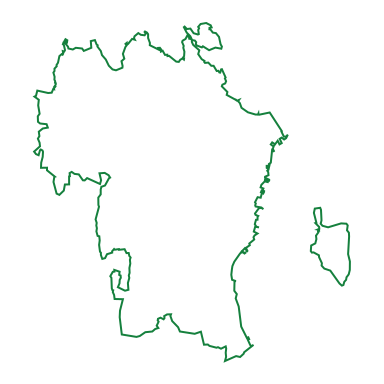 the district of Horten nor, Vestfold, Norway
{"feature_id": "86288312B28519776233063", "entity_name": "Horten nor", "entity_type": "district", "adm_level": 2, "iso_a3": "NOR", "parent_name": "Norway", "parent_adm1": "Vestfold", "projection": "albers", "projection_center": [10.422, 59.398], "detail": "fine", "context": "isolated", "style": "outline", "palette": "green", "viewbox_px": 384, "rotation_deg": 0, "n_neighbors": 0, "source": "geoboundaries", "source_scale": "gbopen_adm2", "svg_char_len": 5830}
<svg xmlns="http://www.w3.org/2000/svg" viewBox="0 0 384 384"><path d="M244.2,352.2L253.5,344.9L251.1,346.2L250.1,344.8L247.7,339.5L249.1,339.1L248.3,337.3L246.8,337.8L241.2,326.6L238.7,306.5L235.7,298.4L236.8,294.1L234.3,290.8L234.5,281.3L235.9,281.1L232.1,279.8L231.3,274.8L231.9,269.4L232.4,266.1L234.3,261.7L239.7,254.0L241.0,252.4L242.4,252.8L241.2,252.1L241.7,251.4L244.5,253.5L246.2,252.2L244.6,253.0L242.0,251.2L244.9,248.2L246.9,250.9L246.7,251.9L247.4,250.9L245.9,247.9L249.8,245.2L249.3,243.5L254.2,239.5L253.5,237.2L254.6,235.4L257.5,233.5L253.8,231.6L255.2,226.7L259.0,227.4L256.4,226.7L254.8,224.2L256.0,219.8L257.5,219.7L257.6,216.7L258.2,216.0L255.5,214.8L255.0,213.5L258.9,208.2L261.3,207.9L263.4,209.1L261.4,207.5L255.6,206.5L255.2,205.3L255.8,203.5L255.0,202.3L257.6,197.2L260.7,197.7L261.9,193.0L263.2,193.6L263.7,192.6L261.0,192.2L261.7,190.4L263.7,191.3L263.9,192.2L264.1,191.1L262.6,190.4L263.4,188.5L260.6,187.4L261.4,184.8L264.7,181.4L268.7,182.3L264.8,181.1L265.0,179.9L270.1,180.8L264.7,179.7L269.8,180.0L265.0,177.7L265.1,176.7L268.5,175.2L268.2,172.0L267.3,170.8L268.4,169.9L269.2,166.4L267.3,168.4L266.7,167.9L266.7,165.9L268.8,165.9L268.9,164.0L270.8,162.7L272.1,150.1L274.3,151.7L272.8,148.9L273.6,146.5L270.8,144.4L272.2,142.4L274.7,144.0L274.1,145.6L277.7,140.7L279.5,144.4L281.7,143.1L279.7,138.8L281.7,137.6L284.1,139.5L286.1,138.2L287.8,134.7L285.9,136.7L283.8,136.5L281.4,131.5L281.8,131.1L269.7,112.5L259.2,114.7L258.5,114.6L258.4,113.5L257.9,114.6L255.4,114.5L247.9,112.3L241.5,107.8L239.9,103.2L238.1,101.2L239.0,99.9L237.0,100.7L235.6,99.8L236.0,98.7L235.5,99.7L226.7,94.9L227.4,92.0L221.8,86.3L222.4,84.7L225.2,83.4L226.1,81.2L224.9,78.4L225.6,77.5L221.9,69.2L221.1,69.4L220.2,72.6L219.4,72.5L218.3,70.8L216.7,71.0L213.6,65.8L211.3,65.8L208.3,62.6L205.0,62.9L204.2,61.9L204.5,60.9L201.7,59.2L198.2,54.1L199.3,50.3L193.2,44.9L191.9,42.1L191.8,40.0L194.9,40.6L196.2,42.2L195.8,44.2L196.8,45.5L201.9,47.4L202.9,46.3L209.1,50.2L215.4,47.6L221.3,48.7L221.9,46.6L220.6,44.3L219.0,36.9L215.9,33.1L212.8,32.6L210.5,29.5L209.4,29.3L209.5,27.8L211.6,27.4L210.7,25.3L206.1,23.0L200.6,24.0L198.2,26.9L199.1,28.2L198.2,30.0L198.8,34.1L197.9,34.5L193.6,33.2L190.4,28.6L186.9,29.0L184.6,26.6L183.9,27.2L186.7,32.6L190.3,36.2L191.7,39.2L189.2,38.7L189.2,37.3L187.2,35.7L185.5,39.0L182.6,40.7L182.1,42.1L183.7,45.9L183.3,47.8L184.4,51.6L184.1,56.1L182.8,57.9L184.1,58.3L183.9,59.6L182.4,58.5L180.2,59.8L178.8,61.9L176.2,61.6L169.1,55.9L167.5,56.1L167.3,54.7L165.0,54.9L162.7,50.8L161.1,51.5L161.3,49.7L159.9,47.8L158.6,47.9L160.6,50.6L149.8,45.2L149.9,42.9L148.1,38.0L148.1,34.2L147.0,32.6L145.0,31.5L144.6,32.0L145.7,33.8L144.6,35.3L140.8,34.8L138.3,33.1L134.5,36.3L134.0,38.2L134.8,39.7L132.1,38.9L128.1,43.9L126.8,44.8L126.7,42.9L125.5,43.9L126.6,45.4L125.4,47.0L122.9,53.9L124.3,58.7L121.5,61.2L122.6,66.0L122.4,67.7L116.0,70.3L112.5,69.4L108.8,65.7L105.8,59.5L102.0,55.1L100.8,51.0L97.4,46.5L97.7,45.3L96.6,44.5L94.9,40.1L90.8,41.1L91.3,47.8L83.8,50.9L82.1,48.5L75.8,47.8L72.8,49.5L68.4,48.5L68.0,46.7L65.8,44.0L66.9,42.8L67.3,40.3L65.5,39.2L64.9,40.2L66.1,40.5L66.2,41.5L63.7,42.1L63.4,42.8L64.2,43.0L63.0,44.3L63.9,45.1L65.0,50.1L64.2,51.6L62.8,51.1L63.2,53.7L62.6,54.7L61.7,54.1L59.4,56.1L58.0,62.7L56.5,65.1L56.7,66.3L54.5,68.6L54.5,71.0L53.4,72.6L54.6,76.8L54.4,79.6L55.2,81.3L55.0,82.8L55.8,83.2L55.7,84.7L54.3,86.7L55.1,86.9L53.9,88.4L54.1,89.3L53.2,89.1L51.7,92.7L48.1,93.0L37.3,90.6L36.0,95.8L34.5,96.6L38.8,99.8L38.2,105.4L39.6,113.8L37.8,116.3L38.0,121.8L40.1,123.5L46.6,124.2L47.8,127.6L42.8,128.5L38.8,131.7L39.4,136.1L37.9,138.7L39.6,142.7L40.0,146.3L34.1,151.6L36.0,154.1L38.6,155.2L40.0,150.3L40.8,149.5L42.5,150.5L43.0,151.8L42.7,156.9L41.2,162.7L41.0,167.8L47.0,167.7L47.0,170.3L54.9,176.7L54.3,176.9L53.5,182.0L56.6,193.6L59.3,194.9L63.8,190.6L64.9,184.5L69.1,184.4L69.1,176.4L69.9,176.2L69.6,173.1L71.7,171.9L74.5,173.9L78.8,174.4L82.9,180.3L84.7,180.4L87.1,178.1L100.0,184.0L101.1,180.3L99.5,173.3L104.7,172.9L108.6,175.2L110.1,177.6L109.0,178.2L105.0,185.5L101.4,186.8L100.7,189.5L100.7,194.4L98.3,197.6L98.4,205.0L99.0,206.7L95.6,219.4L96.7,222.9L96.3,225.5L96.9,228.2L96.4,231.4L97.6,235.9L99.3,236.3L99.7,240.5L99.1,244.9L100.0,251.7L100.9,252.7L100.9,255.0L102.3,258.9L105.1,258.1L107.0,254.2L112.2,252.6L112.1,251.3L114.1,249.0L114.8,249.7L118.9,249.1L119.0,249.8L124.6,249.2L126.5,253.1L128.7,253.0L129.3,255.9L130.6,257.5L129.9,259.8L130.3,263.6L129.4,268.0L129.6,272.9L128.8,275.5L129.3,277.9L127.9,283.0L128.4,289.8L125.0,290.7L117.9,287.2L119.5,283.4L119.7,279.9L120.8,277.8L120.6,275.5L119.2,274.9L119.6,271.7L114.3,269.9L114.4,271.6L112.8,271.8L110.3,276.2L111.4,277.8L111.8,288.4L112.4,290.1L113.2,290.3L112.8,292.1L114.1,295.0L114.6,299.0L122.9,299.2L120.0,310.7L119.7,317.2L121.8,334.5L136.5,336.9L139.8,336.0L145.3,332.2L152.3,331.5L155.2,329.0L158.3,328.0L156.7,325.7L158.6,321.7L157.7,320.4L158.0,318.8L160.5,317.7L163.6,319.3L164.5,318.1L164.2,316.1L167.1,314.4L171.0,314.3L170.4,316.0L172.2,321.1L178.1,327.2L179.9,331.5L194.7,333.8L200.9,331.7L204.0,344.7L207.8,344.5L209.5,345.9L216.5,347.7L218.0,347.2L221.0,348.7L225.7,346.4L226.2,348.5L225.7,352.7L226.1,356.9L225.0,361.0L236.1,356.1L240.1,357.0L243.6,353.8L244.2,352.2ZM320.2,207.8L314.8,208.6L313.9,212.9L316.4,222.8L315.4,223.1L319.1,226.9L319.3,228.8L317.7,229.5L319.0,229.7L319.1,230.8L317.2,231.0L318.2,231.2L318.4,232.3L316.0,235.7L316.4,239.1L315.3,243.4L311.2,245.5L310.8,251.1L311.9,252.6L313.6,252.4L318.9,255.3L319.1,257.2L321.9,263.2L321.6,265.6L324.3,268.6L330.3,270.6L339.5,283.5L341.9,285.6L343.4,285.0L344.3,281.8L346.1,279.8L346.5,277.3L348.7,274.4L349.8,270.0L349.9,261.5L348.1,254.1L349.1,236.5L348.9,232.7L347.0,230.3L347.7,225.4L346.4,223.7L341.1,223.4L328.1,227.3L322.5,225.8L320.7,223.7L321.5,220.4L321.0,209.9L320.2,207.8Z" fill="none" stroke="#15803d" stroke-width="2"/></svg>